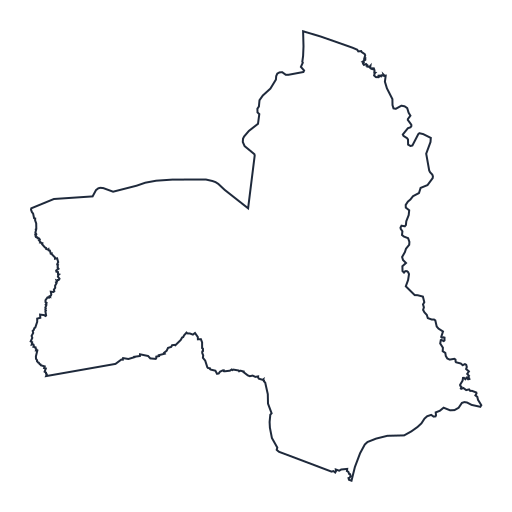 the district of Yang Talat, Kalasin, Thailand
{"feature_id": "78962969B97820746751247", "entity_name": "Yang Talat", "entity_type": "district", "adm_level": 2, "iso_a3": "THA", "parent_name": "Thailand", "parent_adm1": "Kalasin", "projection": "orthographic", "projection_center": [103.312, 16.452], "detail": "fine", "context": "isolated", "style": "outline", "palette": "slate", "viewbox_px": 512, "rotation_deg": 0, "n_neighbors": 0, "source": "geoboundaries", "source_scale": "gbopen_adm2", "svg_char_len": 5914}
<svg xmlns="http://www.w3.org/2000/svg" viewBox="0 0 512 512"><path d="M46.1,376.1L115.5,363.9L121.4,359.5L122.8,359.7L123.1,358.1L128.4,359.0L134.4,357.2L134.3,356.8L139.9,356.0L140.0,354.3L148.1,356.0L150.3,358.4L155.7,358.9L156.2,358.3L156.3,356.6L159.0,356.1L158.8,355.2L164.7,353.7L164.1,352.8L166.7,350.7L168.0,347.9L171.2,346.9L172.1,345.2L174.7,344.9L175.3,345.3L180.7,340.0L182.1,337.5L183.2,337.1L184.1,335.3L186.5,332.6L187.3,333.4L189.9,333.5L192.9,334.6L195.0,333.0L197.8,337.0L197.9,339.3L200.9,339.2L202.1,342.4L202.1,348.1L202.9,348.6L203.0,351.0L202.3,351.4L202.2,352.9L203.2,355.4L202.9,357.8L205.2,360.6L207.3,367.2L208.0,368.0L209.9,368.3L210.1,369.2L210.8,369.6L215.4,370.7L217.0,373.8L218.7,373.5L220.0,371.7L223.0,370.3L223.8,370.3L223.9,371.2L224.6,371.3L229.9,370.7L231.7,369.5L232.4,370.1L233.4,369.6L238.6,370.5L239.1,371.3L240.5,370.7L243.6,371.5L243.4,372.0L247.8,375.4L249.8,376.2L252.6,375.6L255.4,376.9L258.1,376.4L258.0,377.4L258.9,378.7L262.6,379.8L263.2,379.4L263.0,380.0L264.0,380.5L263.9,381.3L265.2,382.6L267.8,394.2L268.0,403.6L271.6,413.3L270.3,414.7L269.6,422.0L269.9,427.7L271.9,438.0L277.3,447.6L276.7,449.8L277.3,450.4L279.0,451.8L331.5,471.6L333.5,471.1L335.2,472.5L336.0,471.1L335.8,469.5L339.2,470.7L341.2,469.5L347.2,468.9L346.9,471.0L348.3,471.8L349.2,474.0L350.1,474.2L350.6,476.1L349.6,477.7L348.5,478.1L349.0,479.8L351.5,480.7L354.9,467.0L360.1,453.2L364.8,444.5L367.5,442.0L376.1,438.6L387.4,435.8L404.1,435.4L411.3,431.4L417.5,427.0L421.4,423.4L424.5,418.6L427.2,416.2L431.2,414.9L433.6,416.6L435.5,416.4L436.0,415.3L435.7,412.4L439.8,410.8L443.6,407.7L450.1,410.3L454.5,410.1L458.6,407.8L461.9,402.9L464.4,402.1L467.0,402.5L471.6,404.9L480.3,406.8L481.3,405.2L478.0,399.8L477.3,396.8L475.4,395.4L476.5,393.5L476.3,392.5L472.1,390.9L470.2,390.9L469.1,389.4L466.2,390.1L463.4,388.0L461.2,388.8L460.8,388.5L461.4,386.8L460.2,385.7L460.1,384.8L462.6,380.6L463.0,377.9L463.9,377.8L465.3,379.2L466.5,377.7L468.1,379.3L469.4,379.0L469.2,378.2L467.7,377.6L469.0,375.9L467.2,373.9L468.9,371.4L466.1,369.0L466.8,367.0L466.2,364.8L464.9,364.1L462.7,365.2L460.8,363.5L456.1,362.3L455.6,361.7L455.5,359.6L454.4,358.8L449.7,359.6L447.3,358.5L445.8,356.0L445.3,352.9L442.7,351.2L442.9,347.7L440.2,343.5L440.8,340.1L441.6,340.0L443.7,341.1L444.5,340.4L444.5,337.6L443.4,337.3L442.0,337.7L441.2,337.0L443.0,331.5L438.5,328.6L436.7,326.5L435.3,320.4L434.0,319.5L431.7,319.5L427.8,318.1L426.8,314.9L424.4,312.3L423.1,309.9L423.9,307.3L423.0,304.4L424.3,302.2L422.9,296.6L417.6,295.2L414.7,295.1L405.8,286.3L408.1,280.0L409.0,274.1L408.1,272.1L406.8,271.1L405.3,271.1L404.0,272.6L402.5,271.1L402.4,266.2L406.0,263.0L403.0,260.0L402.1,257.0L404.9,252.1L406.0,248.7L409.2,244.8L409.4,241.9L408.1,238.2L403.8,236.5L402.0,235.0L402.4,231.3L400.7,228.8L400.5,227.6L401.5,225.7L404.8,226.3L405.9,225.0L406.3,221.2L408.7,215.1L409.2,210.3L405.8,207.6L405.7,204.9L407.9,201.6L410.4,199.5L413.0,196.2L419.0,193.0L420.6,187.9L427.5,185.1L432.7,178.1L432.9,176.3L432.3,174.6L430.1,172.3L429.2,170.5L426.2,153.7L430.5,142.0L430.8,137.9L423.2,134.1L419.4,133.2L418.3,134.1L412.4,145.5L410.5,146.0L408.1,144.6L408.0,139.5L407.1,138.2L403.5,135.9L402.8,134.5L407.9,128.2L410.5,127.3L411.4,126.0L411.3,124.7L407.8,119.9L407.9,119.0L410.4,115.7L408.6,112.7L407.2,108.1L404.6,106.3L401.4,105.7L395.8,108.8L393.5,108.4L392.5,105.1L392.4,99.1L386.9,88.3L384.9,81.7L385.7,75.6L384.6,75.7L383.4,74.5L383.7,75.8L381.5,75.3L381.0,76.3L380.1,75.7L379.2,76.6L379.0,75.7L378.5,75.7L378.2,77.0L377.2,77.2L375.9,77.1L374.1,75.5L374.7,73.3L375.3,72.7L374.3,72.5L374.5,70.3L373.8,68.3L372.8,68.3L373.3,69.3L371.3,68.8L370.1,67.8L370.4,65.8L369.4,66.9L367.4,66.6L367.5,65.7L366.7,65.7L366.9,64.8L366.1,64.0L363.9,64.9L363.0,63.6L363.7,62.5L362.5,61.8L365.3,59.8L365.3,59.0L364.7,59.5L364.1,59.1L365.2,55.3L364.7,54.1L361.6,52.0L361.2,51.1L358.3,51.4L357.2,49.7L352.5,47.7L320.6,36.5L303.1,31.3L303.5,46.4L303.1,56.0L302.3,61.7L302.8,62.7L300.9,66.9L304.1,70.5L303.4,72.0L288.4,74.8L285.8,74.8L282.2,72.2L279.5,72.4L277.3,73.6L276.2,76.1L275.9,79.6L270.4,88.6L262.8,95.5L259.5,100.2L258.9,106.5L257.4,108.7L257.5,112.4L259.3,114.1L258.0,123.8L248.9,130.9L244.1,136.5L243.0,138.7L242.8,142.0L244.6,146.1L254.4,154.2L254.7,155.5L248.1,208.3L224.7,189.9L218.3,183.9L215.5,182.1L212.4,181.0L205.8,179.5L172.4,179.6L156.2,180.7L145.3,182.7L136.6,185.7L113.1,191.7L103.3,188.1L100.3,187.8L98.3,188.3L96.0,190.1L92.6,196.4L53.9,199.0L31.3,208.3L31.0,209.6L31.9,212.1L33.1,213.6L34.1,218.2L35.2,218.5L35.1,220.3L36.2,223.4L36.3,228.8L35.8,229.3L36.1,229.8L35.4,232.5L36.1,233.8L35.4,234.0L35.2,234.7L36.0,235.2L35.6,236.4L36.0,237.1L37.3,237.3L37.6,238.3L38.7,238.2L39.5,239.0L39.8,239.6L39.0,240.3L40.5,242.1L40.2,242.6L42.4,243.2L42.1,244.2L44.9,247.4L46.1,248.0L46.2,249.0L48.2,249.6L48.5,249.3L48.7,250.4L49.9,250.6L50.7,253.6L51.7,253.4L51.7,254.1L55.0,257.5L55.0,258.7L57.1,258.3L58.2,262.1L57.2,264.2L58.0,264.9L57.5,265.8L57.9,267.1L57.6,267.8L58.5,268.8L56.2,270.5L56.4,271.7L58.0,272.1L58.0,274.1L59.0,274.4L58.3,275.0L57.9,276.7L59.5,278.7L59.3,279.2L58.6,280.0L57.6,280.0L57.2,280.9L56.6,280.6L57.0,281.7L56.0,282.3L56.5,283.2L55.1,285.7L55.2,287.8L53.9,289.6L54.3,291.3L53.3,292.0L50.8,291.7L51.3,294.4L50.9,295.6L49.7,296.2L50.0,297.0L49.1,296.8L48.9,297.7L47.5,297.4L45.5,300.2L45.5,302.1L46.6,302.9L45.7,304.6L46.4,305.0L45.3,307.8L45.8,308.4L45.3,309.8L45.9,310.6L45.4,311.4L46.1,315.5L45.5,316.0L44.1,315.1L40.1,314.6L40.3,317.8L37.2,318.6L37.2,321.8L35.3,327.5L34.3,328.2L33.8,329.9L32.7,330.9L33.2,332.9L31.6,335.9L32.3,337.9L30.7,341.4L32.2,342.2L31.7,344.6L32.8,344.2L33.5,344.6L33.9,346.2L33.5,346.8L35.6,347.4L35.6,348.6L36.5,349.4L36.0,350.5L37.3,350.6L35.9,356.4L36.0,358.8L37.1,360.3L37.0,361.2L38.2,362.6L38.8,362.7L39.7,364.2L40.5,364.4L40.9,365.3L44.7,366.4L44.1,368.1L45.8,368.5L44.6,371.7L46.0,372.6L46.0,373.7L46.8,374.3L46.1,376.1Z" fill="none" stroke="#1e293b" stroke-width="2"/></svg>